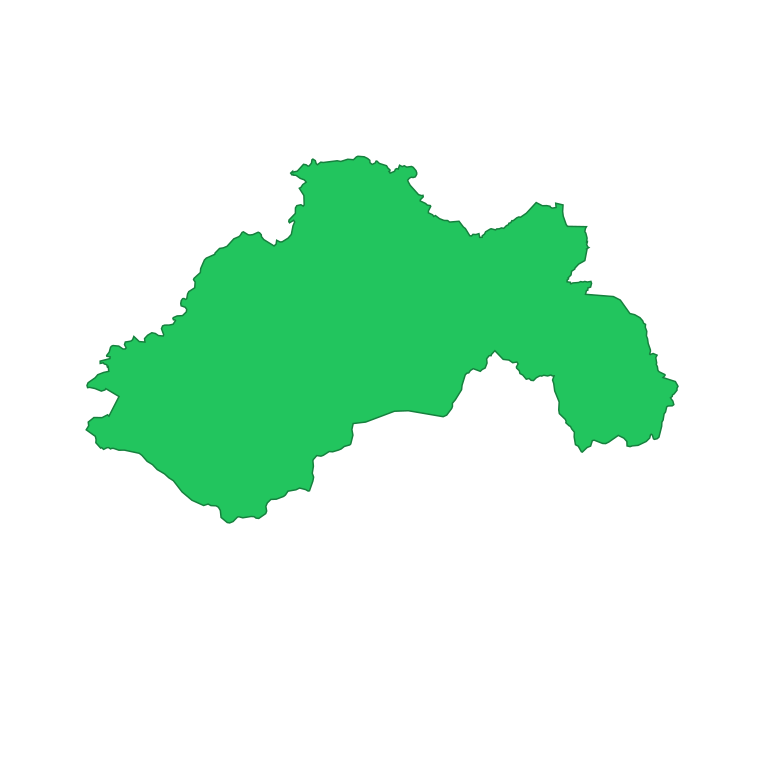 the district of San Diego la Mesa Tochimiltzingo, Puebla, Mexico, rotated 49°
{"feature_id": "50627088B84838795319332", "entity_name": "San Diego la Mesa Tochimiltzingo", "entity_type": "district", "adm_level": 2, "iso_a3": "MEX", "parent_name": "Mexico", "parent_adm1": "Puebla", "projection": "albers", "projection_center": [-98.329, 18.762], "detail": "fine", "context": "isolated", "style": "filled", "palette": "green", "viewbox_px": 768, "rotation_deg": 49, "n_neighbors": 0, "source": "geoboundaries", "source_scale": "gbopen_adm2", "svg_char_len": 6170}
<svg xmlns="http://www.w3.org/2000/svg" viewBox="0 0 768 768"><g transform="rotate(49 384 384)"><path d="M167.6,290.1L167.5,291.3L169.7,293.8L170.3,297.4L169.7,298.4L167.4,299.0L165.4,300.6L166.5,309.8L164.2,313.9L163.5,313.4L163.6,316.1L165.7,316.3L166.1,315.1L166.8,315.5L168.8,313.5L173.9,312.3L177.7,310.2L180.6,310.3L180.2,314.5L181.1,317.6L180.7,319.5L189.2,320.8L196.4,326.7L196.7,328.3L194.2,329.1L192.2,332.8L193.0,335.3L197.1,339.0L197.9,348.1L199.1,349.4L200.4,349.5L201.2,344.8L203.1,345.1L205.0,349.0L210.3,355.8L211.0,360.7L209.9,367.5L208.7,369.2L205.1,370.7L207.6,373.6L207.7,376.4L196.1,380.0L192.4,379.8L190.8,378.7L188.3,378.7L186.9,379.4L185.2,385.0L183.6,387.4L182.3,388.6L176.9,390.3L176.5,391.7L177.6,395.2L177.6,396.9L175.9,402.1L177.1,412.2L175.8,416.0L173.8,419.2L174.3,425.5L175.1,426.7L172.4,435.5L172.6,438.2L176.6,446.6L179.4,449.5L179.6,458.0L180.3,459.3L183.1,459.6L187.2,463.7L186.2,470.7L187.2,473.2L190.2,476.9L190.0,478.2L188.2,478.9L187.5,480.0L188.0,482.2L189.9,484.6L191.9,485.8L195.6,483.7L198.2,483.9L199.9,485.9L200.2,491.2L196.9,495.5L195.7,499.4L195.9,500.2L197.4,500.8L198.4,499.8L199.4,499.8L200.5,504.0L198.7,507.3L195.6,511.0L194.9,513.0L196.3,515.7L202.2,517.9L202.9,519.2L199.4,522.5L195.9,523.4L193.0,525.6L192.1,530.4L192.6,534.9L195.5,536.9L191.4,540.9L184.0,541.6L185.7,544.8L185.5,547.0L182.6,551.7L184.0,554.0L187.6,554.9L187.8,556.2L186.4,558.0L181.4,559.3L177.2,563.3L176.7,564.8L176.9,566.3L179.7,570.5L180.5,574.6L181.2,575.0L183.9,572.9L185.0,574.2L180.5,583.2L182.3,584.7L183.9,581.9L185.3,582.0L187.5,580.6L189.7,581.6L189.8,580.7L190.2,580.9L193.9,583.4L191.4,587.9L189.2,593.9L189.8,597.9L188.9,606.5L190.2,609.1L192.3,610.1L193.4,608.4L197.8,605.1L203.9,602.0L205.4,598.5L205.0,597.0L219.6,592.2L227.8,612.7L225.9,612.8L224.4,618.9L219.0,624.9L218.7,632.2L221.8,634.3L223.2,638.8L234.1,636.2L237.1,637.8L239.3,640.0L246.4,639.9L246.7,638.9L249.4,638.5L250.3,634.9L251.4,633.5L253.6,633.0L254.0,631.6L255.2,630.3L260.0,627.5L263.6,623.3L275.7,614.2L279.0,613.5L287.0,613.5L292.9,611.6L299.8,611.3L307.8,608.6L313.7,607.9L318.8,606.4L333.0,607.2L345.8,605.2L357.4,599.8L359.2,595.5L362.2,594.4L365.8,590.6L368.4,589.8L372.1,590.5L377.8,594.5L385.7,593.2L387.6,591.6L388.8,588.1L388.3,581.9L389.0,580.6L392.3,578.4L396.8,571.2L399.0,569.0L401.2,568.6L403.3,566.7L404.2,558.3L402.9,555.9L398.9,553.5L397.2,550.1L396.9,545.1L400.3,540.8L403.0,533.4L403.1,531.2L401.9,526.8L406.1,519.8L407.1,516.0L412.3,512.4L415.0,511.5L415.7,510.3L410.6,501.4L408.1,498.2L404.3,496.7L399.7,491.2L395.2,488.0L394.6,486.7L393.9,481.7L397.1,478.9L398.0,476.6L399.0,469.7L401.5,467.2L404.0,461.7L404.9,459.0L405.1,454.9L407.5,449.8L407.4,448.4L402.2,441.0L397.3,438.1L393.6,433.2L400.7,422.8L411.4,394.0L420.1,383.2L447.5,360.8L448.6,357.1L446.9,349.0L445.8,347.0L443.4,345.0L442.7,340.5L439.2,329.2L436.2,326.0L430.4,316.7L430.2,314.4L431.2,312.7L430.5,309.9L431.0,306.6L437.6,303.0L437.5,300.3L438.3,297.2L435.8,292.5L432.3,290.0L431.6,286.1L432.9,284.5L432.2,283.6L431.6,278.5L443.6,277.9L447.9,274.0L452.4,272.9L454.6,269.3L456.8,269.6L458.0,272.9L459.0,273.5L462.7,273.2L465.3,274.5L468.2,273.4L473.7,273.5L475.1,270.8L477.7,270.6L479.5,268.9L479.2,264.9L480.1,260.9L481.5,259.8L482.2,257.7L485.3,255.2L486.7,252.1L488.3,251.7L489.4,250.3L491.6,254.2L495.0,255.6L501.2,259.7L512.5,263.6L518.2,269.1L521.4,271.1L529.6,270.4L531.6,271.0L532.6,272.2L537.0,271.7L538.3,271.1L541.2,271.8L545.2,271.9L548.7,275.2L555.4,279.3L558.4,278.2L564.6,279.5L565.5,279.0L565.2,272.3L566.4,268.8L563.4,263.9L564.3,262.2L572.3,258.0L574.4,255.8L575.3,252.4L576.5,240.9L582.2,238.5L586.7,238.4L590.2,241.2L592.7,239.4L593.6,237.2L597.0,232.5L599.4,223.8L599.1,218.9L597.3,216.4L597.2,215.3L598.6,215.0L602.2,216.6L603.2,216.2L604.5,213.8L604.5,211.4L598.1,202.2L595.1,199.3L594.3,197.0L590.3,192.2L589.8,189.9L586.7,185.6L587.0,184.0L589.6,180.7L589.7,178.8L586.4,177.2L582.4,176.9L582.5,174.6L581.5,173.4L581.8,171.6L580.9,166.9L579.5,165.8L578.6,163.6L573.3,162.5L562.2,169.2L561.9,166.3L561.2,165.8L555.4,168.3L553.5,168.4L550.3,166.3L547.7,165.6L547.0,164.4L542.4,161.6L541.4,159.0L537.5,160.9L536.4,163.8L535.7,163.9L534.1,161.4L532.9,160.5L526.7,158.0L522.7,155.4L519.9,154.4L516.6,151.1L512.6,149.6L510.6,147.5L508.4,148.2L506.0,147.3L501.9,147.3L496.2,149.3L492.1,152.2L475.7,150.6L468.5,153.5L448.5,173.1L446.3,169.9L446.9,168.7L445.3,167.1L446.4,164.5L444.2,161.3L442.3,160.5L440.5,163.6L438.3,165.2L437.6,166.9L435.7,168.4L435.1,170.5L431.6,175.2L431.1,177.0L430.7,177.4L429.5,176.6L427.0,178.8L425.7,177.6L425.7,175.7L424.7,175.4L424.4,171.3L422.0,168.5L422.4,164.6L421.8,163.9L421.2,158.5L422.6,151.4L415.6,142.5L415.0,142.6L415.4,139.9L414.5,140.3L411.7,139.6L410.3,137.4L410.0,137.1L409.7,137.9L407.1,135.0L402.5,132.7L400.8,132.5L398.8,130.0L398.1,128.0L385.4,142.1L383.2,141.9L374.9,138.6L371.0,136.0L366.3,131.4L360.2,135.8L363.7,138.3L361.7,141.6L359.8,142.4L358.8,142.1L356.1,144.2L353.4,147.5L346.9,150.1L348.5,164.5L347.7,171.6L346.4,172.6L345.7,174.7L345.5,179.4L344.6,180.3L345.4,182.5L344.6,184.3L345.4,185.6L344.8,187.8L345.1,191.5L343.2,193.0L342.5,195.2L340.9,197.2L340.9,198.7L337.1,201.3L336.7,202.4L335.8,207.5L336.8,209.8L336.6,212.6L337.7,213.7L336.1,215.6L332.8,213.7L331.5,216.6L329.4,218.7L329.7,220.8L328.4,222.0L320.0,220.6L317.6,221.1L310.4,220.6L304.8,228.3L302.4,228.7L299.9,231.4L295.7,233.6L290.6,234.7L290.2,236.6L288.2,236.3L283.9,238.2L282.5,236.9L280.6,232.2L279.7,232.0L277.5,233.9L275.0,234.2L269.5,236.6L268.8,235.7L268.5,231.6L267.2,230.8L266.5,232.0L263.8,233.7L251.2,233.9L247.0,233.0L245.7,232.4L245.3,229.6L246.0,227.5L247.2,226.7L248.2,224.5L247.3,221.9L246.2,220.8L244.0,219.9L239.7,219.8L237.9,220.5L235.2,224.6L232.6,225.5L231.9,227.6L229.1,228.7L231.1,232.3L229.8,233.1L229.4,234.5L230.4,236.5L228.9,241.0L226.8,240.8L227.1,239.7L226.2,239.0L223.8,239.4L220.9,238.9L214.5,242.8L211.2,243.1L210.6,243.7L211.4,245.7L210.5,248.9L207.7,249.4L205.9,248.0L203.1,248.4L199.5,249.9L195.0,254.3L194.5,255.9L194.7,259.9L190.6,263.9L187.7,270.6L184.8,272.9L177.0,284.5L175.1,286.2L174.8,290.4L173.2,290.6L170.4,289.3L167.6,290.1Z" fill="#22c55e" stroke="#15803d" stroke-width="1.5"/></g></svg>